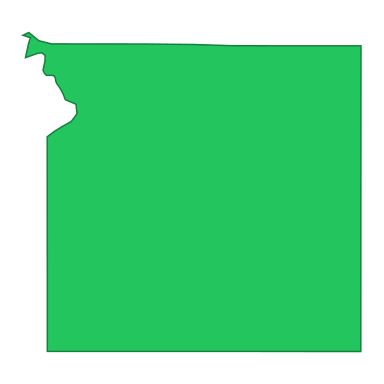 Kalangala, Albers equal-area conic projection
{"feature_id": "UGA-2631", "entity_name": "Kalangala", "entity_type": "District", "adm_level": 1, "iso_a3": "UGA", "parent_name": "Uganda", "parent_adm1": "", "projection": "albers", "projection_center": [32.167, -0.565], "detail": "fine", "context": "isolated", "style": "filled", "palette": "green", "viewbox_px": 384, "rotation_deg": 0, "n_neighbors": 0, "source": "natural_earth", "source_scale": "10m", "svg_char_len": 634}
<svg xmlns="http://www.w3.org/2000/svg" viewBox="0 0 384 384"><path d="M315.3,351.5L249.2,351.4L182.5,351.4L115.9,351.4L49.2,351.4L47.3,351.4L47.3,268.1L47.2,136.8L54.9,131.0L62.6,126.3L71.2,121.5L77.0,113.8L76.0,104.2L65.3,99.7L63.0,93.6L59.8,87.8L56.9,83.8L55.8,81.3L55.4,78.5L54.5,76.2L51.8,75.2L48.7,75.4L46.5,75.3L44.8,73.9L43.0,70.2L45.0,61.0L45.1,55.3L41.8,52.8L38.2,53.2L25.5,57.6L28.7,42.9L30.5,37.5L28.4,37.1L23.0,35.2L28.8,32.5L38.8,40.7L51.4,43.9L142.7,44.0L193.5,44.5L231.9,45.7L272.7,45.8L361.0,45.8L360.9,154.7L360.8,351.4L360.8,351.5L315.9,351.5L315.3,351.5Z" fill="#22c55e" stroke="#15803d" stroke-width="1.5"/></svg>